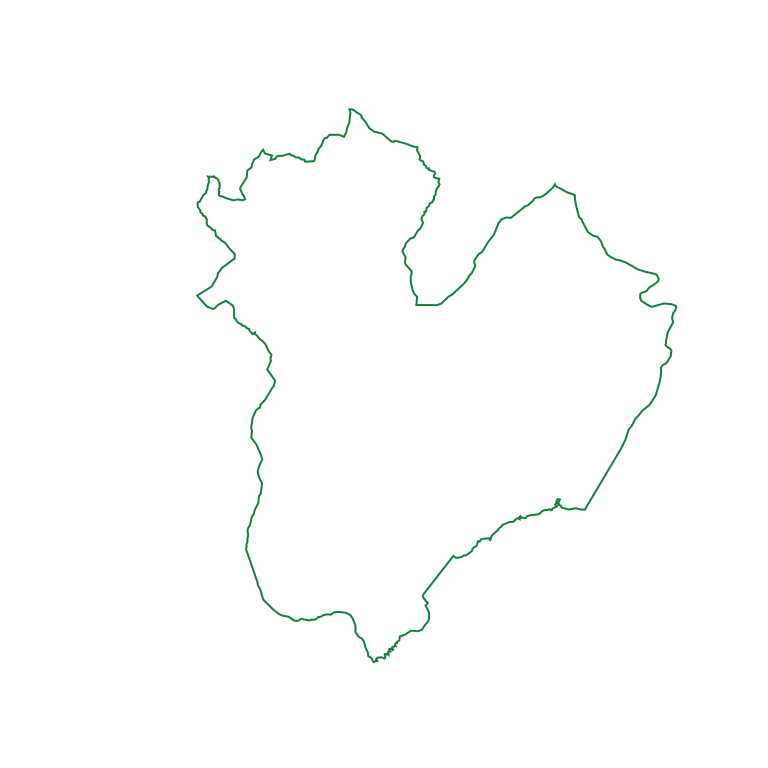 outline of Tumbaya, Jujuy, Argentina, rotated 206°
{"feature_id": "61730980B96811087093060", "entity_name": "Tumbaya", "entity_type": "district", "adm_level": 2, "iso_a3": "ARG", "parent_name": "Argentina", "parent_adm1": "Jujuy", "projection": "mercator", "projection_center": [-65.57, -23.715], "detail": "fine", "context": "isolated", "style": "outline", "palette": "green", "viewbox_px": 768, "rotation_deg": 206, "n_neighbors": 0, "source": "geoboundaries", "source_scale": "gbopen_adm2", "svg_char_len": 6166}
<svg xmlns="http://www.w3.org/2000/svg" viewBox="0 0 768 768"><g transform="rotate(206 384 384)"><path d="M324.8,159.2L318.3,161.7L312.9,161.6L309.4,159.5L304.2,154.9L301.9,151.0L301.8,149.9L300.7,148.5L296.7,146.1L294.7,145.5L292.6,145.6L289.4,144.0L284.8,138.8L280.8,135.6L278.8,132.5L275.4,132.3L272.2,129.8L270.9,129.6L270.2,131.4L268.7,132.1L270.5,133.2L270.0,135.0L266.6,137.2L263.1,137.6L263.0,138.8L265.0,141.4L264.2,142.3L263.0,142.1L262.7,142.9L261.2,142.5L262.7,145.1L261.0,146.4L262.8,147.2L263.0,148.3L261.1,149.2L259.7,148.7L259.3,149.3L261.2,150.6L261.1,151.5L259.7,152.4L259.6,153.5L258.6,153.7L260.0,154.8L259.5,156.9L258.8,157.1L259.2,158.0L257.8,160.2L259.1,164.0L255.4,167.8L251.8,173.7L250.8,174.5L245.1,176.7L242.3,179.4L241.3,186.2L240.2,190.2L240.9,193.4L243.3,198.3L249.6,203.3L248.6,205.6L249.0,206.6L250.9,206.9L253.4,208.7L254.2,208.6L256.2,210.4L256.2,213.0L246.3,259.9L243.7,259.3L242.3,259.7L238.5,262.4L236.9,265.2L235.5,265.5L232.6,270.6L231.7,272.9L232.3,274.8L229.9,279.2L230.5,283.9L228.9,284.3L228.6,287.0L227.9,287.7L224.1,290.1L221.5,291.6L220.6,290.2L220.1,290.3L220.5,295.4L217.6,302.7L217.4,304.4L216.0,307.1L215.6,309.5L210.9,314.8L207.4,316.9L205.4,321.9L202.9,321.9L204.0,323.6L203.5,325.0L202.6,324.5L202.4,323.5L200.2,325.0L198.5,325.3L197.8,325.8L197.5,327.9L195.1,330.1L187.6,334.9L186.1,339.0L183.9,341.6L182.7,341.8L180.2,344.1L178.5,343.7L177.8,344.3L178.0,345.4L177.4,346.8L175.0,349.7L177.4,350.7L176.9,352.9L177.8,355.2L177.3,356.7L175.3,357.3L175.2,355.2L176.0,353.9L174.3,352.9L174.9,352.5L174.5,351.9L171.5,352.1L170.4,350.9L169.6,350.9L163.1,352.1L157.0,356.4L151.8,357.6L148.4,359.1L142.6,430.1L142.6,440.1L144.2,450.5L143.0,454.7L142.8,463.0L141.4,467.0L140.2,473.2L136.2,481.6L134.8,492.8L137.4,508.2L140.0,515.9L142.3,520.1L142.1,522.2L139.7,526.3L138.9,528.7L138.5,534.8L140.3,539.9L142.1,541.0L146.8,541.7L148.4,542.8L148.4,544.4L149.4,546.2L151.6,554.7L151.2,566.4L153.8,569.2L154.7,571.9L155.1,574.9L154.6,577.3L154.8,580.8L155.9,582.2L160.5,581.7L167.7,579.1L176.8,571.0L179.5,570.5L189.2,571.5L191.6,573.6L193.1,577.2L192.6,578.6L188.7,582.7L187.9,587.1L185.0,591.4L183.0,595.6L182.7,597.4L183.1,598.7L186.4,601.5L188.5,601.8L198.0,599.5L206.1,598.3L220.0,599.2L225.5,598.7L229.9,597.5L236.2,597.6L240.0,598.2L245.4,602.4L246.8,602.9L251.5,607.4L256.5,609.9L260.8,608.9L267.2,609.9L277.4,617.3L278.5,618.6L280.8,619.1L282.7,620.4L290.6,629.9L294.4,635.5L294.9,637.0L296.0,637.5L303.7,636.5L311.8,637.1L314.2,636.8L317.1,637.5L318.0,638.4L318.3,634.8L321.6,626.2L324.0,622.0L326.4,619.6L327.9,619.2L330.1,616.8L330.5,613.8L332.9,607.9L335.0,605.7L342.7,589.1L347.3,587.1L350.4,583.7L351.6,578.8L350.6,566.7L352.7,557.6L353.5,547.6L354.3,544.4L355.9,542.3L356.9,534.8L356.1,532.6L354.5,531.2L353.7,529.6L353.7,522.1L354.8,519.1L355.0,514.1L356.4,508.5L361.9,494.4L364.3,490.8L367.8,481.4L370.8,478.2L389.5,469.2L392.6,477.0L396.3,478.3L399.6,481.1L404.4,487.1L407.1,492.1L407.5,495.3L408.5,497.4L417.3,501.1L418.4,502.6L420.2,507.5L425.6,511.2L425.9,513.5L425.4,516.2L426.0,520.2L424.1,526.3L421.3,529.0L420.9,535.7L420.5,538.2L419.6,538.9L419.4,542.1L419.6,546.1L422.3,548.2L422.9,549.7L423.0,551.8L422.1,554.1L423.2,556.5L421.8,557.5L422.9,561.0L421.6,563.9L422.1,566.6L420.2,568.7L420.6,570.6L419.9,571.5L421.2,574.4L420.6,577.0L421.7,579.2L422.2,582.7L421.6,585.0L421.6,587.8L423.5,589.0L424.2,592.7L428.2,591.7L430.1,592.1L430.5,593.2L430.2,595.5L431.6,596.8L437.3,596.1L438.2,597.5L439.2,596.8L440.7,596.9L442.0,598.4L444.0,598.5L446.3,601.2L449.5,601.1L450.4,601.5L451.4,604.6L456.6,608.3L457.9,611.6L460.9,610.4L470.2,609.5L479.7,607.7L481.1,606.9L481.5,605.7L484.3,605.3L495.1,608.3L503.6,606.5L509.3,607.5L516.3,611.9L521.1,613.7L521.3,614.9L523.2,615.8L528.2,616.2L530.3,616.9L533.5,616.8L535.5,615.7L533.3,613.5L529.7,603.5L529.3,597.3L528.2,593.9L528.4,588.5L533.4,588.4L542.2,584.1L543.3,580.1L544.6,579.6L545.3,577.5L544.9,570.8L545.8,566.0L545.4,563.1L545.9,560.2L544.7,555.3L544.8,553.5L552.2,549.3L554.1,550.6L557.0,549.5L559.2,550.4L562.9,548.9L565.4,549.5L568.1,548.8L569.8,549.6L575.7,544.3L579.4,542.5L580.3,540.5L580.4,538.8L584.2,535.5L584.8,540.2L592.1,539.0L595.4,541.6L596.1,538.5L596.1,533.8L599.1,528.9L599.0,524.4L598.1,520.5L600.4,515.8L597.9,509.4L599.3,497.9L598.7,496.0L595.8,493.9L594.9,492.7L592.8,491.9L589.8,489.1L591.4,487.3L596.4,485.7L600.0,483.0L607.7,481.8L610.8,481.9L614.0,481.0L615.5,481.7L616.4,484.8L617.3,485.1L617.9,486.8L617.5,487.7L618.1,488.5L618.5,490.6L619.3,491.1L619.8,492.7L621.1,493.2L622.3,494.7L623.7,495.5L627.0,495.5L627.2,496.0L628.3,496.0L628.8,495.1L633.2,493.3L631.3,492.0L631.2,490.6L630.1,489.4L629.1,484.1L628.1,481.5L628.3,479.2L627.6,477.8L629.2,475.1L629.6,466.9L630.8,466.0L630.9,464.9L628.8,461.4L625.3,459.7L624.5,458.1L621.5,457.2L620.7,456.0L617.9,456.1L615.4,454.2L613.8,450.7L612.4,449.2L607.4,448.2L605.8,447.2L603.2,447.9L599.7,443.3L597.4,443.2L596.7,442.4L594.7,442.6L593.8,441.8L588.5,441.2L583.4,438.5L574.9,435.2L573.3,431.2L580.3,417.8L581.7,410.7L580.8,407.0L581.7,396.0L590.7,381.5L577.0,376.0L571.0,376.4L569.3,378.0L567.7,382.6L562.6,389.5L554.2,388.2L551.6,385.6L547.6,377.6L545.3,377.2L544.2,376.0L541.7,375.1L538.1,375.1L536.3,374.3L534.9,375.0L531.1,374.0L529.6,374.3L528.5,373.2L524.2,371.3L522.5,373.7L522.2,372.3L520.2,372.2L515.9,370.1L511.7,369.3L507.7,367.6L502.2,363.0L498.0,360.9L497.5,359.5L497.8,358.2L495.8,355.3L495.3,345.9L483.3,339.2L482.1,333.6L482.8,331.4L483.7,318.7L485.9,311.2L485.1,308.3L486.3,307.1L487.5,303.7L487.2,295.8L484.1,286.1L482.2,284.2L479.8,277.7L472.1,273.6L464.4,267.1L460.3,262.8L460.3,256.3L459.3,250.5L457.9,248.1L454.2,244.3L450.4,241.7L449.2,239.0L446.7,231.1L447.2,229.0L446.9,227.4L444.9,222.3L444.9,214.0L444.0,209.9L444.5,206.5L442.5,197.9L443.0,195.7L442.5,192.5L439.8,188.5L438.7,184.2L437.5,182.3L437.3,179.4L436.1,177.5L435.8,175.3L410.8,150.3L408.9,147.6L404.9,144.9L398.1,137.3L384.4,132.6L377.3,131.2L373.9,131.3L367.4,133.0L360.7,132.0L357.5,133.4L355.4,136.6L347.3,138.8L345.5,140.7L343.3,141.6L341.9,143.1L340.8,145.8L338.7,147.2L337.4,149.4L334.5,151.8L330.4,153.6L328.9,156.9L324.8,159.2Z" fill="none" stroke="#15803d" stroke-width="2"/></g></svg>